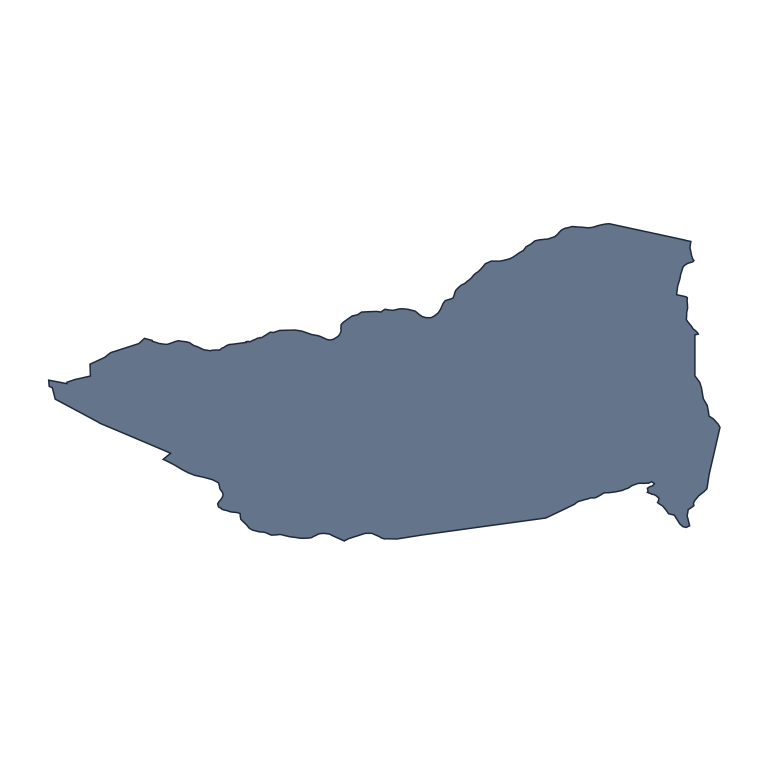 San Juan Mixtepec -Dto. 26 -, Oaxaca, Mexico (Equal Earth projection), rotated 269°
{"feature_id": "50627088B88987154065702", "entity_name": "San Juan Mixtepec -Dto. 26 -", "entity_type": "district", "adm_level": 2, "iso_a3": "MEX", "parent_name": "Mexico", "parent_adm1": "Oaxaca", "projection": "equal_earth", "projection_center": [-96.314, 16.258], "detail": "fine", "context": "isolated", "style": "filled", "palette": "slate", "viewbox_px": 768, "rotation_deg": 269, "n_neighbors": 0, "source": "geoboundaries", "source_scale": "gbopen_adm2", "svg_char_len": 4576}
<svg xmlns="http://www.w3.org/2000/svg" viewBox="0 0 768 768"><g transform="rotate(269 384 384)"><path d="M540.3,612.2L540.1,608.3L539.6,605.4L539.0,602.5L538.5,600.3L537.5,597.1L536.9,594.5L536.6,590.8L537.1,586.6L537.4,583.8L537.5,581.7L538.2,574.7L537.3,571.8L536.5,567.6L534.9,564.2L532.7,561.9L530.4,559.9L528.3,557.2L527.0,553.1L526.1,550.5L525.8,546.3L525.4,541.6L524.5,537.4L521.1,533.0L518.8,528.5L515.0,525.7L513.0,521.8L508.7,515.4L507.0,511.9L505.6,506.2L504.8,501.9L505.0,493.5L502.5,487.4L499.7,485.1L496.7,482.3L494.6,480.1L492.9,477.3L491.2,475.4L488.7,473.4L486.6,471.0L484.8,468.4L483.0,466.4L481.6,463.1L479.3,460.3L476.5,457.5L475.1,456.8L473.2,456.1L471.8,455.8L470.1,455.0L468.8,454.5L468.1,453.0L466.3,446.7L463.7,444.6L457.8,441.9L454.1,439.4L451.0,435.3L449.5,432.2L449.6,427.4L450.7,423.5L452.5,420.9L456.3,416.5L458.3,409.2L458.9,403.6L458.7,399.8L457.5,394.4L457.9,390.4L458.4,388.0L458.7,386.2L456.0,382.1L456.7,378.1L456.6,371.7L456.3,362.8L453.7,358.8L452.6,353.4L449.5,348.8L446.3,344.2L444.1,342.2L440.0,341.8L438.0,342.1L435.1,341.0L433.2,339.7L431.7,337.8L429.6,334.1L428.9,330.9L429.6,327.5L431.7,323.2L432.9,320.5L433.5,318.7L433.9,316.7L434.7,312.6L438.3,302.9L439.5,296.1L439.4,280.7L438.1,276.5L437.4,274.3L437.8,271.3L432.5,262.5L432.6,261.5L431.8,257.9L430.9,256.3L429.7,253.1L429.0,251.9L428.9,251.6L428.5,250.8L429.0,248.9L428.7,246.8L428.0,247.0L426.5,234.3L426.2,230.1L425.2,227.3L423.3,224.4L422.6,222.4L420.7,220.1L420.9,218.1L420.9,216.1L420.8,213.0L420.3,211.2L420.6,209.0L421.4,204.4L423.2,200.8L424.5,198.2L425.7,194.7L427.3,192.2L428.8,190.2L429.7,186.8L430.4,181.4L430.9,179.4L430.1,176.0L428.9,172.7L427.4,167.9L427.6,165.1L428.5,159.5L429.4,157.3L430.7,153.1L431.6,153.1L433.8,145.3L428.7,139.6L420.1,111.2L415.4,105.0L409.0,90.4L397.1,90.6L393.8,74.8L391.3,67.0L389.9,66.9L393.7,48.8L387.5,49.2L386.1,52.3L374.6,55.0L350.9,97.5L349.8,99.0L332.0,139.2L318.5,169.4L312.5,161.9L311.5,164.0L306.8,172.9L302.1,180.4L298.7,186.6L296.0,193.2L293.8,202.5L291.7,209.5L291.7,209.8L290.8,211.8L288.3,216.5L288.0,216.8L285.8,217.4L284.5,217.8L283.1,217.8L281.0,218.7L279.4,220.0L278.0,220.7L276.5,221.1L275.0,221.0L273.9,220.4L272.6,219.8L270.6,218.2L269.2,216.9L267.1,215.6L264.9,216.1L264.0,216.5L263.6,216.8L263.0,218.3L261.7,219.6L261.0,221.3L260.2,224.6L258.9,228.1L258.5,230.7L258.2,233.8L257.8,235.8L257.6,236.4L257.0,237.9L256.4,237.9L254.3,238.0L251.2,238.5L249.0,240.6L245.7,244.0L242.2,246.7L240.3,249.8L239.2,253.7L238.4,256.4L237.9,261.6L237.2,263.6L236.4,265.4L235.7,266.7L235.4,267.5L234.9,268.6L234.9,270.9L235.0,272.8L235.0,273.8L235.2,275.6L235.3,276.5L235.4,277.4L234.6,280.9L234.1,282.3L233.7,284.4L233.1,286.2L232.6,289.2L232.2,292.5L231.5,296.0L231.2,298.6L231.2,301.3L231.3,306.0L231.5,307.9L231.8,309.2L232.9,311.0L233.6,312.9L234.7,314.9L235.4,316.8L235.6,319.3L235.7,321.3L235.6,322.2L235.1,325.7L234.6,327.7L233.8,328.7L227.7,341.6L228.1,341.9L229.0,344.1L230.0,346.0L231.3,350.3L232.7,355.1L235.0,362.4L234.9,369.3L231.2,377.3L230.5,378.0L229.1,381.6L229.2,384.2L228.8,394.2L232.3,418.9L239.5,478.6L247.2,543.5L256.4,563.7L258.2,567.6L260.5,572.5L262.2,574.5L263.2,576.3L263.8,579.0L264.8,582.3L265.5,585.6L266.5,588.5L266.4,592.5L267.1,594.6L269.3,598.8L271.2,601.8L271.4,604.1L271.4,607.3L272.1,613.5L272.6,616.1L273.5,620.7L274.8,623.6L275.4,625.8L276.4,627.7L277.9,629.8L279.4,634.0L280.1,636.0L280.3,638.6L280.1,641.9L280.3,645.1L280.2,646.8L281.7,649.7L280.1,652.2L279.5,652.6L277.3,650.4L276.7,648.0L275.1,645.5L271.9,646.2L271.2,645.4L270.7,646.1L269.8,648.7L269.1,649.7L268.8,651.8L267.5,654.2L265.0,656.9L262.4,656.4L260.7,655.4L259.7,656.6L257.2,660.5L253.3,663.6L249.3,666.3L247.8,672.0L243.7,674.4L238.9,677.4L236.1,680.4L235.3,683.7L236.9,687.1L239.1,686.7L240.4,686.3L244.2,685.5L246.8,684.7L249.9,685.4L252.9,685.9L254.4,688.0L255.7,690.0L256.9,691.7L259.5,691.3L262.1,692.7L264.4,694.7L266.6,696.6L271.0,702.3L273.7,705.1L287.9,707.5L334.8,719.2L338.2,717.3L343.5,712.5L346.3,708.4L350.8,707.9L356.9,706.8L363.7,703.0L374.4,701.4L380.2,699.7L386.7,695.0L427.7,695.7L428.4,699.1L429.6,698.5L430.9,697.4L432.2,696.0L433.9,693.8L435.9,692.8L439.0,690.3L441.4,688.5L443.4,687.3L444.7,687.6L447.3,687.8L450.5,687.9L454.4,688.9L458.1,688.8L462.1,688.5L465.0,688.8L466.0,687.4L467.3,681.8L468.2,678.1L476.7,679.3L483.7,681.6L489.0,682.7L492.4,684.0L495.4,684.8L497.4,686.6L499.3,689.7L500.1,692.6L500.7,694.7L502.0,696.0L504.0,694.7L506.9,693.8L511.5,693.0L514.6,692.3L517.6,692.7L521.2,693.3L522.4,687.6L522.6,687.6L540.3,612.2Z" fill="#64748b" stroke="#1e293b" stroke-width="1.5"/></g></svg>